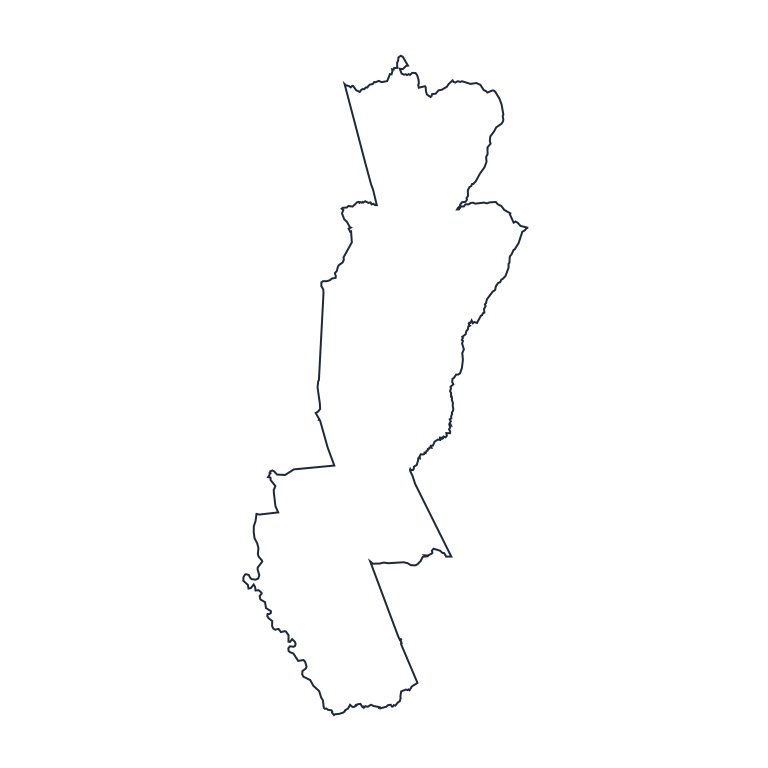 outline of Aguachica, Cesar, Colombia, rotated 355°
{"feature_id": "7082276B33891550919089", "entity_name": "Aguachica", "entity_type": "district", "adm_level": 2, "iso_a3": "COL", "parent_name": "Colombia", "parent_adm1": "Cesar", "projection": "equal_earth", "projection_center": [-73.576, 8.248], "detail": "fine", "context": "isolated", "style": "outline", "palette": "slate", "viewbox_px": 768, "rotation_deg": 355, "n_neighbors": 0, "source": "geoboundaries", "source_scale": "gbopen_adm2", "svg_char_len": 6096}
<svg xmlns="http://www.w3.org/2000/svg" viewBox="0 0 768 768"><g transform="rotate(355 384 384)"><path d="M241.9,514.4L241.3,520.4L241.6,526.4L243.8,531.6L244.6,536.6L243.5,542.6L244.1,545.1L247.0,549.1L247.2,550.4L242.2,555.8L241.9,557.7L243.1,563.5L241.7,566.9L238.9,567.7L235.1,566.8L233.9,565.5L232.6,562.5L229.9,561.4L228.9,561.8L227.2,564.1L226.7,567.7L230.9,572.3L231.2,576.0L233.6,575.7L236.7,572.4L237.9,575.0L238.0,578.5L241.1,578.5L243.7,581.1L243.9,582.0L241.7,584.3L241.9,587.2L242.3,588.0L246.5,591.0L246.9,596.9L251.5,600.4L251.4,602.1L250.0,603.1L247.9,603.1L247.5,605.0L248.6,607.2L252.0,610.4L251.4,615.5L252.6,618.3L254.3,619.3L257.6,618.8L259.7,622.2L263.3,621.6L264.7,622.0L267.0,625.9L266.4,632.4L267.9,632.7L270.3,630.2L272.6,632.9L273.3,634.8L272.7,637.1L271.2,637.9L267.4,637.1L265.7,638.9L265.7,641.7L267.0,643.0L270.2,644.5L274.4,652.4L279.7,651.9L281.3,654.0L282.2,658.8L281.3,660.6L277.7,662.9L277.2,666.3L278.3,668.6L284.7,672.5L287.3,678.5L292.6,684.2L294.1,690.9L295.6,694.0L295.8,701.4L296.8,702.4L298.4,702.3L299.7,703.6L303.2,704.5L303.9,705.6L303.5,706.7L305.4,709.5L306.5,708.7L310.7,708.7L314.9,707.7L316.4,706.7L316.6,705.8L319.9,704.2L322.2,700.6L324.3,702.9L325.7,703.1L326.9,702.7L327.9,701.4L328.5,701.9L329.5,700.8L332.6,700.6L334.5,704.0L335.6,703.6L335.9,704.6L337.5,703.4L339.7,704.1L343.0,702.4L345.6,703.9L350.3,705.2L350.6,706.1L351.7,705.7L352.0,706.8L358.2,705.7L360.0,704.3L362.7,704.1L363.8,706.0L364.6,706.1L365.8,704.8L367.2,705.4L370.4,702.2L372.0,701.5L373.2,698.4L373.1,696.6L374.3,691.8L379.1,690.3L380.8,691.0L381.7,690.4L382.8,691.3L385.4,687.7L391.3,684.7L378.6,645.5L378.3,644.4L378.9,644.0L378.5,642.8L378.8,642.5L378.1,640.7L379.4,639.4L377.8,640.0L377.9,641.5L376.1,636.5L354.8,559.6L357.2,562.0L363.9,562.5L368.3,561.9L372.6,562.9L388.0,563.3L391.8,564.5L394.9,566.8L399.5,567.4L401.8,566.4L405.0,563.6L407.6,559.5L411.3,559.4L409.9,558.3L412.6,558.7L416.7,557.2L417.5,556.4L417.2,554.2L419.0,552.4L425.4,555.0L427.5,557.4L429.2,557.7L430.9,561.4L436.0,561.8L406.3,486.2L404.6,478.7L402.5,472.8L402.5,471.6L402.8,471.0L403.4,472.1L405.3,472.3L406.2,471.2L406.6,469.1L409.5,467.5L411.2,463.5L411.6,461.1L412.2,460.4L413.2,461.1L413.3,459.1L414.5,457.2L416.7,457.6L417.9,457.3L418.4,455.9L419.5,456.4L420.4,454.6L421.7,454.0L422.0,452.6L423.1,452.5L423.8,451.2L425.8,451.7L425.4,449.6L427.4,449.6L429.4,445.9L432.9,444.0L435.0,444.6L435.1,442.3L436.1,442.4L436.8,443.7L438.1,443.3L438.1,442.1L438.7,441.5L440.7,442.5L442.1,441.0L441.8,438.4L445.5,438.7L445.8,437.1L444.8,434.8L446.1,433.2L445.6,430.4L447.1,431.1L446.2,428.4L447.3,427.0L446.4,424.9L448.1,424.1L448.0,422.2L449.2,419.7L449.1,418.4L450.5,416.5L450.9,414.8L450.5,412.0L451.0,408.6L450.2,406.0L450.5,403.7L449.7,402.5L450.3,402.0L449.7,400.8L450.1,398.9L449.2,396.8L450.3,394.4L450.0,392.6L453.1,390.3L452.1,388.0L452.7,384.8L454.3,383.9L456.6,381.0L458.9,381.0L460.7,380.0L463.0,374.9L464.7,366.8L464.7,360.0L466.6,356.5L465.3,350.4L466.4,348.0L465.4,346.9L466.6,345.0L466.0,343.9L469.7,341.5L470.6,338.6L472.4,336.8L473.0,334.0L474.7,333.4L474.0,332.6L473.7,331.0L474.2,330.4L475.4,330.7L476.8,328.3L477.8,331.2L479.5,330.1L481.9,331.3L486.5,324.4L487.6,324.1L488.6,322.2L490.2,321.7L490.2,317.9L492.0,315.3L491.4,313.5L492.6,312.5L493.9,308.6L500.4,301.4L502.9,300.0L504.0,296.3L506.4,293.4L508.6,292.7L510.0,290.2L511.4,289.7L514.5,286.9L518.2,279.0L518.6,275.1L519.5,274.2L520.4,268.0L522.3,266.1L524.8,261.7L525.9,261.3L530.4,255.3L535.0,244.5L537.7,243.2L539.9,240.8L541.3,241.0L533.8,238.4L531.3,235.1L529.1,233.6L527.2,234.6L524.2,225.9L524.7,225.0L519.0,221.1L516.4,216.9L512.9,214.8L511.2,212.4L505.0,212.3L502.5,213.0L499.3,212.0L490.8,212.3L488.6,211.2L486.1,211.2L484.2,212.4L480.8,212.1L479.0,214.1L476.2,213.8L473.8,216.6L472.0,216.5L473.3,214.7L475.0,213.7L475.7,211.7L477.5,209.8L481.0,209.6L481.9,208.8L482.7,207.5L482.4,206.0L484.0,204.1L484.4,198.3L486.3,195.3L488.1,194.4L489.1,192.5L490.3,192.5L493.0,190.2L497.9,182.8L503.0,176.9L505.5,171.6L505.5,166.8L507.2,164.1L507.7,157.3L511.1,153.9L510.6,151.1L511.5,146.6L515.7,141.9L518.2,138.1L523.7,135.0L525.2,133.1L525.9,131.2L525.6,127.5L526.4,125.9L525.5,115.9L523.9,109.9L520.3,102.5L518.9,101.2L517.3,101.1L512.4,102.7L511.0,101.0L509.0,99.9L506.0,94.3L502.2,92.2L496.4,92.6L488.1,89.2L486.5,89.7L483.8,88.8L481.3,89.9L479.4,88.9L478.8,87.5L474.6,90.8L472.5,93.4L467.2,95.9L463.9,96.2L460.8,99.3L457.2,99.4L456.5,101.3L455.4,102.1L452.0,99.4L451.3,95.9L451.4,92.0L450.7,90.9L444.5,91.9L444.1,89.2L444.9,87.7L444.9,83.6L444.0,79.5L442.6,77.0L439.2,76.5L436.8,78.4L435.6,77.4L433.8,78.3L432.6,77.3L430.8,77.6L428.6,76.3L427.2,71.3L430.1,72.0L433.8,69.0L435.6,68.9L431.3,59.7L429.3,58.5L426.9,59.9L426.2,63.3L425.1,65.0L424.7,70.3L421.7,70.0L421.0,71.6L419.5,71.2L419.7,72.9L418.5,76.2L416.9,75.8L413.6,82.5L408.0,83.1L405.2,81.6L401.7,82.7L400.6,82.3L398.7,84.3L396.3,84.4L394.3,85.8L393.3,87.2L391.7,87.0L390.0,88.6L388.5,88.3L387.1,88.9L385.3,90.9L381.9,88.9L379.2,84.4L378.3,84.2L376.7,85.6L374.8,84.0L372.0,83.1L370.9,81.8L384.8,163.2L388.6,184.3L390.1,189.6L392.4,205.2L390.5,204.9L389.1,203.5L387.3,204.0L386.4,201.9L384.3,202.3L381.3,200.3L379.0,201.5L378.4,200.8L377.4,201.3L376.0,200.7L375.3,201.3L374.6,200.4L373.1,200.6L368.2,204.5L364.1,203.6L362.3,204.9L358.2,204.9L357.1,205.7L358.6,207.1L357.0,210.4L358.7,216.3L361.3,219.4L363.5,224.5L364.6,225.3L362.3,226.2L363.6,229.4L364.5,229.1L364.3,240.1L354.8,254.2L354.8,256.8L353.3,259.4L349.4,261.6L348.3,263.2L346.8,267.4L344.7,269.3L345.4,272.4L345.0,274.1L341.2,274.4L339.1,275.9L336.0,276.6L332.1,276.3L330.5,277.3L330.1,281.1L331.7,284.3L331.7,287.8L319.5,374.4L318.7,375.5L317.5,381.5L318.4,398.0L318.2,403.3L315.9,405.8L313.4,406.9L316.4,413.3L316.0,414.1L316.8,414.2L317.0,414.7L317.2,415.1L322.3,442.2L327.4,460.9L286.7,461.2L277.6,466.0L269.6,464.9L266.9,461.4L265.2,460.4L263.0,461.2L263.1,462.9L262.3,462.8L262.1,464.4L260.4,466.6L262.7,467.3L262.7,469.9L266.9,476.2L264.9,480.0L264.8,482.9L265.2,496.3L267.4,502.7L248.4,503.2L245.7,502.3L244.1,509.3L241.9,514.4Z" fill="none" stroke="#1e293b" stroke-width="2"/></g></svg>